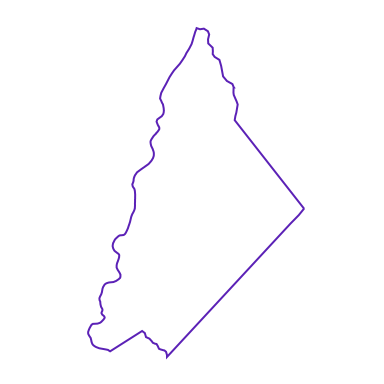 Marche Gaye, Choiseul, Saint Lucia, rotated 177°
{"feature_id": "8701671B7895347248645", "entity_name": "Marche Gaye", "entity_type": "district", "adm_level": 2, "iso_a3": "LCA", "parent_name": "Saint Lucia", "parent_adm1": "Choiseul", "projection": "robinson", "projection_center": [-61.009, 13.821], "detail": "fine", "context": "isolated", "style": "outline", "palette": "violet", "viewbox_px": 384, "rotation_deg": 177, "n_neighbors": 0, "source": "geoboundaries", "source_scale": "gbopen_adm2", "svg_char_len": 5523}
<svg xmlns="http://www.w3.org/2000/svg" viewBox="0 0 384 384"><g transform="rotate(177 192 192)"><path d="M225.6,28.6L95.2,155.4L86.6,163.3L81.2,169.3L81.1,169.5L80.9,169.4L145.6,261.5L144.7,265.6L143.6,268.9L141.8,277.0L142.7,280.1L145.2,286.7L145.4,289.0L145.0,294.2L144.7,294.2L144.9,294.5L146.0,297.7L151.3,301.0L154.9,305.8L156.3,316.4L157.7,322.5L162.3,325.7L164.1,328.6L163.8,331.4L163.8,335.0L168.0,339.5L168.0,343.6L166.6,348.4L167.7,351.7L171.6,354.5L175.5,354.1L178.8,355.4L179.3,354.0L179.7,353.2L180.3,352.0L181.8,347.8L182.2,346.8L183.6,342.6L184.7,339.7L187.3,335.3L189.1,332.7L190.2,331.2L192.0,327.9L194.9,323.9L195.4,323.3L197.4,320.7L203.5,314.5L205.6,311.8L208.2,308.2L208.7,307.4L212.3,301.2L214.9,297.1L217.5,292.7L218.5,289.4L219.0,287.0L218.0,284.7L217.2,282.5L217.0,282.1L216.7,281.6L216.5,281.1L216.4,280.9L215.9,277.2L215.9,276.1L215.8,274.9L215.9,274.6L215.9,274.4L216.0,273.7L216.1,273.0L216.2,272.7L216.6,271.4L218.3,269.2L218.5,269.1L220.4,267.9L222.8,266.3L223.2,265.5L223.7,264.1L223.4,263.1L223.0,261.9L222.6,260.7L222.4,260.3L222.3,260.1L222.2,259.8L222.0,259.7L221.8,259.1L221.4,258.4L221.4,258.0L221.3,257.8L221.3,257.6L221.3,257.4L221.3,257.2L221.4,256.6L221.5,256.2L221.8,255.9L222.2,255.3L222.4,255.0L223.0,254.3L223.1,254.1L223.6,253.7L223.8,253.4L224.0,253.2L224.6,252.6L224.7,252.4L224.9,252.4L225.0,252.2L225.2,251.9L225.6,251.6L227.3,250.0L227.5,249.8L227.6,249.7L227.9,249.2L228.1,249.0L228.4,248.6L228.7,248.1L228.9,247.9L229.0,247.8L229.2,247.5L229.3,247.4L229.4,247.2L230.0,246.3L230.1,246.1L230.6,245.2L230.7,244.8L230.8,244.2L230.8,243.5L230.7,242.1L230.3,240.0L230.1,239.6L229.9,239.1L229.6,238.4L229.3,237.7L229.1,237.3L229.0,236.9L228.9,236.6L228.7,235.8L228.4,234.9L228.3,234.4L228.2,233.9L228.1,233.4L228.1,232.5L228.1,232.2L228.1,231.9L228.3,230.1L229.2,227.8L229.7,227.1L230.1,226.5L230.6,225.7L231.3,224.9L231.7,224.5L231.8,224.4L231.9,224.2L232.5,223.7L232.9,223.2L233.1,223.0L233.2,222.9L233.6,222.5L234.4,221.9L242.0,217.1L245.9,214.5L247.0,213.0L247.7,212.2L248.2,211.4L248.3,211.2L248.5,210.8L248.6,210.7L248.8,210.3L248.8,210.1L249.3,209.0L249.4,208.6L249.5,208.3L249.5,208.2L249.6,207.6L249.7,207.3L249.7,207.1L249.7,206.9L249.7,206.6L249.9,206.0L249.9,205.7L250.2,205.1L250.2,204.9L250.3,204.8L250.5,204.2L251.0,203.2L251.2,202.9L251.0,201.4L251.0,201.1L250.7,200.3L250.4,199.7L249.5,198.4L249.3,197.6L249.2,197.1L249.1,196.9L249.1,196.4L249.0,196.2L248.9,192.4L249.0,190.7L249.1,189.7L249.1,189.4L249.1,189.2L249.1,188.7L249.2,188.1L249.2,187.8L249.3,187.6L249.3,187.3L249.3,187.2L249.3,186.8L249.4,185.1L249.5,184.1L249.6,183.2L249.6,182.5L249.6,182.0L249.6,181.9L249.6,181.7L249.7,181.0L249.7,180.8L249.7,180.6L249.8,180.3L249.8,179.7L249.9,179.3L249.9,178.8L250.0,178.7L250.3,177.5L250.6,176.9L250.9,176.2L251.3,175.5L251.8,174.6L252.5,173.5L252.6,173.4L252.8,173.0L252.9,172.9L253.1,172.3L253.4,171.9L253.4,171.7L253.7,171.0L253.8,170.9L254.0,170.3L254.1,170.0L255.5,165.2L255.8,164.5L256.2,163.4L256.5,162.7L257.3,160.7L257.8,159.3L258.6,157.7L259.3,156.4L260.2,154.8L260.6,154.3L260.7,154.1L260.9,153.9L261.0,153.7L261.6,153.2L262.0,152.9L262.3,152.8L262.8,152.6L263.4,152.6L263.5,152.6L264.0,152.5L264.5,152.5L264.8,152.5L265.9,152.5L266.0,152.4L266.5,152.4L267.0,152.2L267.5,151.9L268.1,151.5L270.6,149.4L271.4,148.6L272.2,147.3L273.2,145.4L273.4,145.2L273.6,144.5L273.8,143.7L274.1,142.1L273.7,140.0L273.5,139.4L272.9,138.1L272.5,137.4L271.6,136.5L271.2,136.2L270.4,135.5L269.7,134.9L268.8,134.2L268.4,133.7L268.1,133.2L268.0,132.8L268.0,132.3L268.1,131.5L268.2,131.2L268.2,130.6L268.6,129.6L268.6,129.4L268.9,128.6L269.3,127.7L269.8,126.4L270.1,125.8L270.2,125.7L270.8,124.0L271.0,123.1L271.1,122.7L271.2,120.9L271.2,120.4L270.3,118.2L268.9,115.8L268.6,115.1L268.4,114.8L268.3,114.6L268.1,114.0L268.0,113.8L268.0,113.7L267.8,113.3L267.9,113.1L267.8,112.2L267.9,111.7L267.9,111.3L268.0,111.1L268.0,110.8L268.1,110.6L268.2,110.3L268.3,110.0L268.8,109.6L269.4,109.1L269.7,108.8L270.2,108.5L272.2,107.3L272.8,107.0L273.1,106.9L273.8,106.7L275.1,106.2L279.5,106.0L280.5,105.8L282.3,105.3L283.5,104.6L284.3,103.9L284.8,103.1L285.6,102.0L285.7,101.8L286.4,100.2L287.3,96.3L287.6,95.7L287.8,95.1L287.9,94.8L288.4,93.9L288.6,93.6L289.3,92.4L289.7,91.5L289.8,91.3L290.0,90.8L290.0,89.4L290.0,89.2L289.9,89.0L289.9,88.8L289.9,88.6L289.8,88.4L289.4,87.5L289.3,84.7L289.2,84.1L289.1,83.8L289.1,83.6L288.8,82.1L287.8,80.1L287.7,79.9L287.7,79.7L287.6,79.3L287.6,78.9L287.7,78.7L287.7,78.2L288.6,76.5L288.7,76.1L288.7,75.6L288.0,74.2L286.9,73.2L286.6,72.9L286.4,72.7L286.2,72.4L286.0,71.8L285.8,71.5L285.8,71.4L285.8,71.1L286.0,70.6L286.2,70.3L286.8,69.6L287.0,69.3L288.7,67.7L289.1,67.3L289.3,67.2L289.7,66.8L290.3,66.5L290.4,66.4L291.0,66.1L293.3,65.5L297.8,65.5L297.9,65.4L298.0,65.4L298.4,65.2L298.7,65.0L298.8,65.0L299.2,64.6L299.3,64.6L299.4,64.4L299.6,64.2L300.8,62.4L300.9,62.1L301.3,61.6L302.2,59.8L303.0,57.8L303.0,57.6L303.1,56.9L303.1,56.2L302.9,55.3L302.0,53.5L300.8,51.5L300.7,50.8L300.6,50.5L300.6,50.4L300.6,50.2L300.4,49.5L300.4,49.2L300.3,48.7L300.3,48.4L300.2,48.2L300.2,47.8L300.1,47.6L300.1,47.4L300.0,47.0L299.9,46.7L299.5,45.6L299.4,45.4L299.3,45.1L298.9,44.6L298.5,44.1L297.8,43.5L297.5,43.3L297.3,43.1L297.2,43.0L297.0,42.9L296.1,42.3L295.5,42.0L292.8,40.8L286.4,39.3L284.1,38.7L283.4,38.1L282.1,37.2L249.1,55.8L246.5,53.6L245.5,49.5L242.2,47.8L240.0,45.1L239.0,43.5L236.8,42.4L235.4,42.1L234.3,40.1L233.2,37.2L231.8,36.5L229.2,35.6L227.8,35.2L226.3,33.8L225.5,30.5L225.6,28.6Z" fill="none" stroke="#5b21b6" stroke-width="2"/></g></svg>